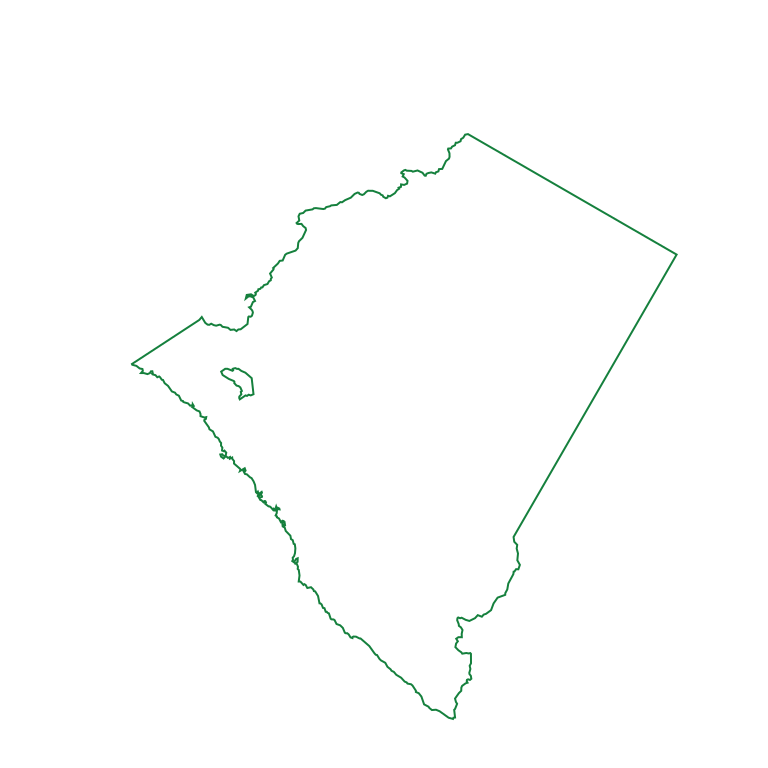 map outline of New South Wales (Mercator projection), rotated 120°
{"feature_id": "AUS-2654", "entity_name": "New South Wales", "entity_type": "State", "adm_level": 1, "iso_a3": "AUS", "parent_name": "Australia", "parent_adm1": "", "projection": "mercator", "projection_center": [149.115, -32.83], "detail": "fine", "context": "isolated", "style": "outline", "palette": "green", "viewbox_px": 768, "rotation_deg": 120, "n_neighbors": 0, "source": "natural_earth", "source_scale": "10m", "svg_char_len": 6155}
<svg xmlns="http://www.w3.org/2000/svg" viewBox="0 0 768 768"><g transform="rotate(120 384 384)"><path d="M637.3,155.7L638.3,157.0L639.6,156.8L640.7,161.2L639.6,172.2L640.1,176.1L642.4,179.5L641.9,182.7L641.2,184.1L641.4,189.1L636.0,195.3L634.4,199.3L634.8,202.4L633.7,203.0L630.9,208.5L630.5,210.4L631.7,213.9L631.1,215.2L631.4,217.3L629.8,222.3L629.7,228.0L628.4,231.5L628.6,234.1L627.8,235.6L627.2,239.6L624.8,243.5L624.9,248.4L624.3,250.6L622.2,254.5L622.6,255.8L622.0,257.6L618.3,265.7L616.1,277.1L616.6,277.9L616.8,281.9L618.0,284.2L618.8,284.7L619.8,284.3L620.2,286.3L618.5,289.4L618.2,291.2L618.9,292.2L619.0,293.5L615.8,297.7L614.9,301.3L615.6,305.1L613.2,308.7L613.1,309.9L614.1,311.9L613.9,312.9L610.2,317.0L610.4,318.5L609.9,319.7L610.4,320.6L607.9,323.5L608.4,324.9L606.1,327.8L605.8,329.4L606.2,330.2L600.6,335.1L598.0,339.9L598.4,341.2L597.3,342.4L596.5,345.6L599.0,348.4L597.2,351.4L597.2,352.9L598.3,353.3L596.9,357.6L597.7,359.1L592.1,361.4L587.7,364.8L587.3,366.3L585.3,367.1L583.5,369.4L583.3,370.2L584.6,371.5L581.2,369.9L578.1,371.6L579.4,372.6L583.4,372.9L583.2,374.9L581.8,374.9L580.1,376.2L578.1,375.8L575.0,376.5L570.6,378.6L567.4,381.1L567.6,382.3L564.9,384.9L564.8,387.0L562.2,389.2L560.4,395.6L558.0,398.2L558.0,400.5L555.8,402.2L556.9,399.8L555.9,399.0L553.3,401.1L554.0,402.3L552.9,402.6L553.2,403.6L554.2,404.0L555.0,402.9L555.4,403.9L553.0,407.6L553.0,410.1L552.2,410.5L552.1,412.1L549.6,412.3L546.3,413.8L545.6,413.7L544.8,411.8L544.2,412.4L544.3,414.3L545.1,414.8L544.0,416.1L544.9,415.9L546.3,414.3L547.0,414.2L547.4,414.6L546.8,418.0L548.1,415.2L548.7,416.5L547.4,420.2L547.2,421.8L547.7,422.8L547.2,426.7L545.6,426.9L544.8,428.2L545.2,429.1L545.8,429.2L546.5,428.2L546.8,428.9L545.9,432.2L546.3,433.0L544.9,435.5L543.0,433.3L542.2,433.5L541.5,435.4L539.1,435.4L538.6,436.0L540.6,436.9L541.3,436.2L544.2,436.5L544.2,437.3L541.5,438.0L540.3,439.4L542.0,439.7L541.7,440.8L535.9,445.2L533.5,448.3L531.7,451.7L531.8,453.3L530.8,457.6L531.4,459.4L529.6,462.3L528.8,462.1L529.0,460.7L528.2,460.6L526.6,462.5L531.3,465.2L530.0,465.4L529.4,466.4L527.9,474.1L525.7,475.3L524.7,477.9L523.6,478.7L525.7,480.1L524.3,480.9L526.0,482.2L525.6,484.3L526.4,485.2L528.7,485.7L528.4,488.8L526.9,490.5L525.7,488.9L526.3,487.5L526.0,485.7L525.2,485.3L522.3,486.3L521.5,488.8L522.3,489.0L522.6,491.0L519.9,492.2L518.9,494.3L516.5,495.6L515.9,497.4L514.3,499.5L513.7,501.2L514.0,503.6L510.6,508.4L510.5,512.5L509.1,514.0L505.8,521.2L505.0,521.6L503.3,520.8L501.6,521.4L502.8,522.7L503.6,526.8L501.6,528.0L500.0,530.1L500.5,533.0L499.9,538.4L498.2,537.7L497.2,539.5L498.0,539.1L499.7,541.0L498.8,544.0L499.8,548.0L499.8,549.1L499.3,549.5L499.7,551.4L496.7,555.8L496.9,558.7L496.0,560.6L496.5,564.0L493.6,570.1L493.0,574.3L491.0,577.4L491.4,578.6L490.1,581.3L489.9,582.5L491.5,583.7L490.6,586.3L491.4,589.3L491.1,589.8L490.7,589.3L488.8,591.0L489.6,592.2L491.6,592.2L493.7,593.8L494.6,597.4L496.0,599.9L493.2,599.4L491.8,600.7L492.7,603.4L492.1,607.5L493.2,611.6L492.7,612.3L420.9,576.0L417.1,575.3L420.4,569.4L420.8,566.5L420.1,564.9L418.2,563.8L418.1,560.8L417.4,558.5L414.8,556.0L414.5,554.9L415.2,552.5L413.3,547.2L413.9,544.0L411.7,541.0L411.9,538.2L409.6,537.4L408.3,535.5L400.3,532.2L393.9,535.0L393.1,534.8L392.4,533.1L390.9,532.5L387.8,533.2L386.7,534.2L385.9,535.6L385.0,539.1L383.6,537.9L378.6,538.5L376.6,537.2L374.4,540.5L374.9,543.7L376.0,545.2L379.1,546.4L375.5,547.4L372.8,544.0L372.9,540.7L371.3,539.8L370.0,540.0L369.3,541.2L366.1,539.7L364.8,540.2L363.4,538.7L361.7,538.6L361.1,537.6L358.4,537.4L355.7,534.9L352.5,534.9L350.8,533.9L349.5,534.6L347.9,534.4L345.3,537.9L340.2,537.0L339.3,537.2L339.0,538.0L332.7,536.1L329.5,535.9L327.7,533.5L321.5,534.2L319.7,533.4L312.7,527.3L309.5,526.6L304.7,528.8L302.9,529.0L298.2,527.7L289.6,528.5L288.1,529.9L287.7,532.9L286.6,535.5L288.4,538.3L288.7,539.3L288.3,540.2L284.8,539.1L281.5,541.9L278.7,542.1L276.3,539.5L273.0,538.6L268.5,533.2L266.9,532.6L265.7,530.9L262.8,524.0L261.6,522.8L259.7,522.5L257.0,519.6L255.7,519.0L252.5,514.4L248.3,512.8L247.6,511.2L244.2,509.6L239.2,505.9L234.1,504.5L231.4,502.6L231.0,501.4L231.6,500.3L231.2,497.4L229.8,496.3L226.3,495.4L224.6,494.4L222.3,490.3L221.0,483.1L221.6,481.2L221.3,479.5L222.2,478.3L222.2,475.3L220.9,474.2L219.0,474.6L218.5,472.7L213.3,470.0L209.5,469.6L207.3,468.5L206.7,469.5L204.8,467.9L202.6,469.0L201.5,466.1L198.9,464.2L196.3,465.2L194.9,469.5L195.0,471.6L192.4,471.8L192.8,474.4L192.1,474.8L189.0,473.5L187.9,472.5L187.9,471.0L185.7,466.7L185.7,465.2L182.3,461.7L181.8,456.3L183.2,453.0L182.8,452.0L180.7,452.3L179.0,451.0L177.1,448.8L176.2,444.8L174.7,444.9L172.7,443.2L170.4,443.8L168.6,441.1L160.0,441.8L156.3,440.4L154.5,440.8L151.4,442.7L148.9,445.9L148.0,446.1L146.5,443.8L144.4,443.7L141.7,441.9L139.2,442.5L138.3,441.0L135.5,439.1L133.4,439.7L131.1,438.5L127.5,438.4L125.6,436.2L125.6,195.3L451.7,195.3L455.5,192.3L456.7,188.2L460.2,186.8L463.8,183.2L470.0,180.4L472.7,175.9L477.3,175.0L478.3,177.0L481.2,177.3L481.7,177.9L484.0,176.9L494.6,176.6L500.3,174.5L504.4,174.4L506.0,173.6L512.2,178.8L519.2,179.4L526.3,178.2L532.0,180.7L533.9,182.4L536.6,182.9L537.3,187.2L541.3,188.1L546.5,191.6L547.4,195.3L547.6,199.9L548.8,201.0L549.1,203.0L550.1,203.3L552.0,202.5L554.5,199.3L556.0,198.2L556.3,195.7L557.8,193.0L561.5,191.8L564.4,190.0L566.1,193.0L568.5,194.1L569.9,191.4L572.7,191.8L576.2,190.6L577.4,186.4L577.7,182.9L578.4,181.4L575.8,178.2L575.0,175.9L573.9,174.8L574.2,173.8L582.4,169.0L585.2,168.9L587.6,166.7L591.5,165.7L592.5,164.9L593.3,162.9L595.6,161.0L597.3,161.6L597.7,163.5L598.7,164.2L600.0,163.8L600.9,162.3L602.5,163.7L606.4,165.4L608.3,165.2L611.1,163.7L614.3,164.6L620.9,165.2L623.4,162.7L624.4,160.8L629.9,160.0L631.1,160.3L637.3,155.7ZM467.2,503.0L468.5,502.4L469.4,501.2L463.1,498.2L462.8,496.7L460.9,495.8L460.5,493.7L458.1,491.9L445.1,501.5L443.5,509.7L444.0,514.1L443.6,517.6L444.4,518.8L444.6,520.7L446.1,522.3L446.7,522.6L447.6,521.5L448.3,521.8L449.1,527.1L450.2,529.1L454.7,531.2L456.9,528.2L457.2,520.8L456.5,515.5L456.9,514.6L458.1,514.1L459.1,510.9L458.5,508.8L458.8,506.7L461.1,503.6L462.4,504.1L464.3,502.4L467.2,503.0Z" fill="none" stroke="#15803d" stroke-width="2"/></g></svg>